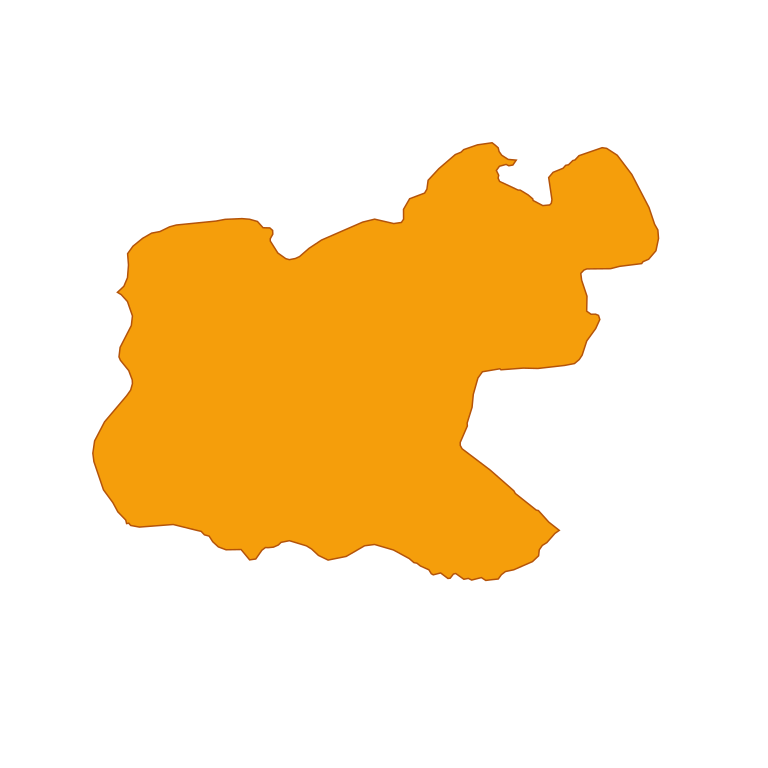 the district of Ipala, Chiquimula, Guatemala, rotated 258°
{"feature_id": "79465075B7392170561334", "entity_name": "Ipala", "entity_type": "district", "adm_level": 2, "iso_a3": "GTM", "parent_name": "Guatemala", "parent_adm1": "Chiquimula", "projection": "orthographic", "projection_center": [-89.607, 14.58], "detail": "fine", "context": "isolated", "style": "filled", "palette": "amber", "viewbox_px": 768, "rotation_deg": 258, "n_neighbors": 0, "source": "geoboundaries", "source_scale": "gbopen_adm2", "svg_char_len": 2625}
<svg xmlns="http://www.w3.org/2000/svg" viewBox="0 0 768 768"><g transform="rotate(258 384 384)"><path d="M575.5,559.9L577.9,552.1L583.3,546.7L587.5,544.9L591.3,544.8L594.4,542.5L597.5,539.9L598.5,525.1L596.7,510.7L594.7,507.5L593.6,501.4L583.2,482.4L574.1,469.5L565.7,466.5L562.3,463.4L559.9,447.6L550.8,439.4L541.1,437.4L538.4,434.6L538.9,426.9L547.2,409.1L546.8,396.8L537.8,352.8L532.3,338.9L526.2,327.9L525.2,323.4L525.3,317.3L527.0,314.0L534.2,307.4L547.4,302.5L549.7,302.9L553.7,306.4L557.4,307.0L560.4,304.8L562.0,298.2L569.3,294.0L573.1,286.8L575.3,279.5L578.1,262.8L578.3,253.6L582.7,213.9L582.3,206.9L579.7,196.5L579.9,188.1L576.7,178.2L571.0,167.1L564.8,160.3L553.5,158.8L541.3,155.2L533.7,149.9L529.1,142.3L526.0,145.6L518.0,150.2L502.9,152.1L493.7,149.0L474.7,133.5L465.6,130.4L462.0,131.1L450.2,137.1L440.4,138.6L436.6,138.0L430.7,134.9L426.0,129.8L405.1,102.8L388.5,89.1L376.8,84.8L368.4,84.1L338.8,87.6L324.4,94.1L314.2,97.1L304.6,103.1L301.0,103.2L300.9,105.4L298.3,106.8L294.9,115.0L290.4,148.6L279.6,170.8L277.9,174.5L273.8,177.0L271.6,181.3L265.3,183.7L259.1,188.1L254.7,195.0L251.8,209.8L239.9,216.0L239.5,222.2L246.8,230.0L248.7,234.0L248.0,236.6L247.4,242.0L248.5,247.2L250.5,250.4L250.4,258.9L241.8,274.5L237.6,278.9L230.0,284.2L223.4,292.7L223.2,311.2L229.8,331.4L229.0,341.4L219.7,358.7L208.0,372.4L203.1,376.1L201.9,378.9L198.4,381.8L192.9,389.3L188.6,390.8L187.1,392.5L187.4,400.1L180.5,406.1L180.3,408.4L183.7,412.4L183.7,414.8L176.4,421.5L176.3,426.1L174.0,429.0L174.4,439.0L170.7,442.7L170.3,447.6L169.5,455.2L173.1,459.2L175.3,463.8L175.3,472.3L179.4,492.3L183.8,499.5L189.5,501.4L193.2,505.3L195.0,510.3L202.3,520.1L204.4,525.0L214.6,516.5L228.1,508.7L229.0,506.7L249.6,489.7L252.5,488.8L277.7,470.0L304.4,446.9L308.1,445.8L311.0,446.4L325.6,456.8L328.5,457.2L342.9,465.3L355.3,469.2L370.3,477.1L375.5,482.8L374.8,500.5L373.6,501.3L370.6,523.5L367.2,537.7L364.6,564.6L364.4,574.6L367.3,580.0L371.0,583.8L384.0,591.3L394.2,602.6L402.2,608.5L406.5,608.1L408.3,605.5L409.2,601.0L413.1,597.4L427.7,600.8L444.4,598.9L451.3,599.5L453.9,603.3L454.4,606.3L449.7,629.6L450.1,638.9L448.2,661.1L449.8,662.8L451.0,668.8L457.8,677.7L469.3,682.8L477.7,683.9L484.0,681.9L501.5,679.9L537.3,670.0L559.3,659.7L568.2,650.8L569.8,646.5L566.8,622.2L563.4,617.3L563.3,615.1L560.1,610.1L560.1,607.1L557.8,604.0L555.9,593.4L551.7,588.0L529.4,586.6L526.0,585.2L524.7,583.3L525.5,576.4L532.5,568.0L534.2,568.0L539.0,564.3L545.3,557.6L545.8,555.5L558.1,539.2L561.7,538.4L564.3,539.6L569.5,538.3L573.0,542.2L573.4,549.1L571.5,551.5L571.4,555.6L575.5,559.9Z" fill="#f59e0b" stroke="#b45309" stroke-width="1.5"/></g></svg>